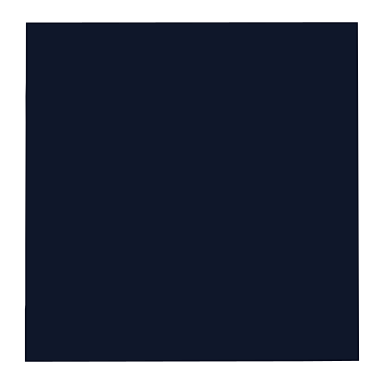 Parmer, Texas, United States of America (orthographic projection)
{"feature_id": "52423323B8622019817897", "entity_name": "Parmer", "entity_type": "district", "adm_level": 2, "iso_a3": "USA", "parent_name": "United States of America", "parent_adm1": "Texas", "projection": "orthographic", "projection_center": [-102.967, 34.53], "detail": "fine", "context": "isolated", "style": "filled", "palette": "ink", "viewbox_px": 384, "rotation_deg": 0, "n_neighbors": 0, "source": "geoboundaries", "source_scale": "gbopen_adm2", "svg_char_len": 406}
<svg xmlns="http://www.w3.org/2000/svg" viewBox="0 0 384 384"><path d="M357.1,23.0L26.7,23.3L26.6,82.5L26.3,96.5L26.4,122.4L26.0,244.5L26.0,246.7L26.0,246.8L26.0,249.9L26.0,288.9L26.0,292.6L26.0,295.4L26.0,298.1L26.0,300.6L26.0,302.0L26.0,304.9L26.0,305.1L25.9,305.9L25.8,308.0L25.7,309.0L25.7,360.9L25.7,361.0L300.9,360.5L358.3,360.1L357.1,23.0Z" fill="#0f172a" stroke="#020617" stroke-width="1.5"/></svg>